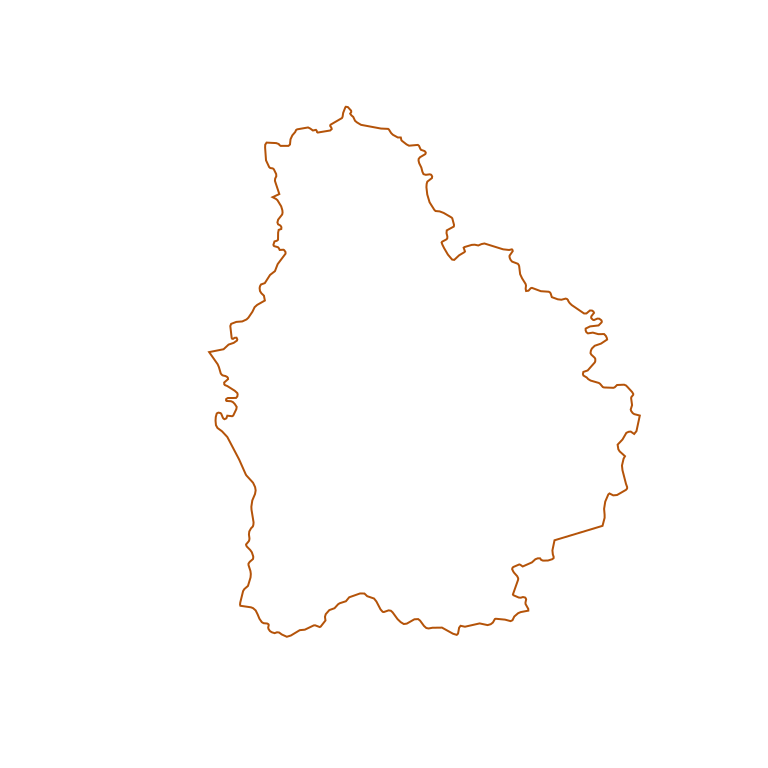 the border of Yaroslavl', rotated 155°
{"feature_id": "RUS-2360", "entity_name": "Yaroslavl'", "entity_type": "Region", "adm_level": 1, "iso_a3": "RUS", "parent_name": "Russia", "parent_adm1": "", "projection": "orthographic", "projection_center": [39.095, 57.746], "detail": "fine", "context": "isolated", "style": "outline", "palette": "amber", "viewbox_px": 768, "rotation_deg": 155, "n_neighbors": 0, "source": "natural_earth", "source_scale": "10m", "svg_char_len": 6166}
<svg xmlns="http://www.w3.org/2000/svg" viewBox="0 0 768 768"><g transform="rotate(155 384 384)"><path d="M578.9,196.0L582.5,200.2L584.1,203.1L585.9,204.2L588.4,204.4L590.6,206.4L591.8,208.3L592.2,210.7L591.9,212.2L590.3,214.3L590.3,215.2L591.1,216.3L594.2,218.1L595.4,219.8L596.1,223.9L595.9,228.5L596.0,233.0L597.4,236.2L598.9,237.8L607.9,243.7L607.7,244.9L606.7,246.6L599.2,255.9L597.2,257.2L592.6,258.5L586.7,265.1L585.0,268.1L584.1,270.9L583.3,277.3L582.7,278.5L580.8,279.6L576.8,280.7L576.0,281.7L575.4,283.0L574.9,287.3L575.4,290.1L577.0,294.6L577.1,295.8L576.8,296.9L572.9,298.7L572.0,299.6L571.2,300.9L570.0,304.7L568.4,307.3L565.5,309.4L563.1,310.3L561.9,311.6L560.7,313.7L557.2,326.1L556.1,328.8L552.6,334.1L547.4,338.8L545.3,341.8L544.4,345.0L544.4,349.8L547.4,359.4L547.5,360.8L547.2,376.7L548.4,402.2L550.8,409.6L553.5,414.5L553.7,417.7L552.2,421.9L550.4,425.2L548.1,427.9L547.2,428.1L546.1,428.0L544.4,426.7L544.1,425.5L544.3,421.5L544.0,420.3L543.4,419.5L541.4,419.5L539.4,421.5L535.3,419.0L534.0,419.1L528.5,423.6L527.2,425.5L527.7,429.0L528.6,431.5L530.0,433.1L533.9,435.2L534.0,436.1L533.3,437.1L531.5,437.3L524.0,433.9L522.2,434.7L521.0,436.5L520.8,437.8L522.1,440.9L526.9,448.4L528.6,450.2L528.9,451.2L528.2,452.9L523.3,454.3L522.9,455.4L523.1,456.6L524.3,458.2L526.4,459.8L527.1,460.9L527.5,462.5L526.5,469.0L526.4,472.2L529.0,486.8L514.7,483.3L508.2,485.4L502.8,484.8L498.9,485.5L498.1,486.4L498.1,488.3L499.9,489.0L501.8,488.7L502.5,489.2L502.6,490.1L498.8,501.5L497.1,503.1L491.6,502.7L486.0,500.6L481.3,500.6L478.9,501.4L472.7,505.1L468.8,508.3L465.5,509.3L456.7,510.0L455.5,514.8L456.8,518.1L457.1,520.7L456.2,523.5L455.1,525.0L453.4,526.2L449.4,525.8L441.2,531.0L435.1,532.4L429.7,537.6L418.2,543.7L417.5,545.2L417.9,547.5L418.4,548.2L421.9,549.6L421.9,551.4L422.3,552.8L425.2,555.3L425.5,555.9L425.4,556.9L423.0,559.5L420.6,559.1L419.1,559.5L416.0,565.9L414.3,568.2L411.6,567.9L410.8,569.3L410.7,570.2L411.0,571.5L412.5,573.5L412.3,575.5L410.5,577.7L404.6,580.7L403.5,582.2L402.7,584.4L402.1,588.5L402.9,595.7L403.7,597.4L406.0,600.4L398.6,600.4L397.0,614.2L395.8,616.2L393.8,617.8L393.0,619.9L393.1,625.2L393.7,626.4L395.8,627.8L396.4,629.1L396.4,636.6L391.8,648.6L390.5,651.1L388.4,652.4L379.9,647.9L378.0,646.0L377.7,644.6L376.9,643.4L369.9,640.2L368.0,640.8L365.3,645.3L362.0,648.1L358.0,649.9L356.4,651.3L355.1,651.5L344.4,648.6L342.9,646.7L341.3,643.8L338.3,643.1L338.0,642.1L338.2,640.5L337.8,639.9L325.6,636.5L323.6,637.2L323.4,638.6L323.7,640.7L322.9,641.6L309.7,642.8L308.6,643.7L306.4,647.0L302.1,651.1L301.4,651.4L299.7,650.2L298.3,645.6L298.7,644.4L300.4,643.3L300.0,641.2L299.0,639.1L299.0,634.8L298.0,632.6L295.3,628.6L278.8,616.8L272.5,613.5L272.0,612.6L271.5,608.5L270.6,606.1L267.3,601.6L264.6,600.3L265.2,597.6L265.0,596.9L262.3,591.6L260.6,589.4L252.3,586.4L251.6,585.0L251.7,582.0L251.5,580.6L248.8,578.0L248.4,576.8L248.4,575.9L249.4,574.9L255.6,574.3L257.5,573.3L258.3,571.8L258.8,569.2L258.7,564.4L259.5,560.1L259.5,557.5L257.7,555.9L253.9,554.7L252.8,553.7L252.6,551.8L253.5,550.4L259.2,549.1L260.8,547.3L262.4,544.4L264.7,537.5L265.9,529.4L264.8,520.6L264.2,519.0L260.6,516.9L257.6,513.8L252.4,506.3L252.1,505.3L253.3,498.6L254.2,497.2L262.2,496.7L263.6,494.3L264.2,491.0L265.0,489.4L266.1,488.7L271.2,488.4L272.0,487.9L272.2,485.7L272.1,481.8L271.4,474.3L269.7,468.0L267.9,466.8L261.5,468.9L255.4,469.5L254.6,469.9L254.2,473.9L253.2,474.1L245.7,473.0L242.9,471.9L240.0,469.7L236.5,469.6L233.6,468.9L219.1,455.7L214.0,452.6L211.2,452.0L210.9,451.0L211.2,450.0L215.9,447.3L216.5,446.3L216.8,444.7L216.8,443.0L216.2,440.8L211.9,436.4L211.6,435.0L211.7,433.7L214.2,426.0L214.2,421.4L213.4,414.9L213.7,413.2L215.4,410.4L215.9,408.2L213.6,407.5L210.5,408.8L209.3,408.6L202.6,401.8L195.7,398.0L194.8,396.7L194.7,395.5L195.2,391.8L190.7,387.3L187.6,385.4L183.2,384.6L182.2,383.6L181.8,382.4L181.9,381.0L181.5,378.8L180.5,376.2L172.9,363.4L170.7,362.4L166.3,363.6L164.4,362.6L163.6,361.2L163.6,359.7L167.2,357.9L168.0,357.1L168.3,355.9L167.5,353.9L166.7,353.2L163.0,353.1L161.3,352.2L160.1,350.0L160.1,348.8L160.7,347.9L164.8,346.4L172.9,349.1L177.8,349.0L178.6,347.4L178.7,345.4L177.8,343.7L173.0,342.3L168.8,338.7L163.4,336.2L162.6,333.8L162.6,331.5L163.0,330.0L170.3,328.9L176.9,329.6L180.6,328.3L182.4,326.8L183.8,324.7L183.7,323.0L182.0,318.8L181.9,317.5L182.8,315.5L183.8,314.5L193.7,310.2L198.2,310.7L199.5,309.0L199.7,307.4L197.5,304.2L196.9,302.2L195.3,299.8L188.9,294.2L188.1,292.9L187.0,288.8L186.1,287.9L177.7,283.6L176.3,283.5L173.2,284.6L166.7,281.9L165.3,280.4L164.6,278.5L162.5,271.8L162.3,269.7L162.7,268.9L165.5,267.5L166.1,266.5L168.1,260.0L171.2,256.6L171.4,255.1L170.9,252.5L169.9,250.9L165.5,247.3L175.1,234.6L178.4,233.0L180.5,236.6L182.5,237.3L185.0,237.3L191.3,232.9L197.9,230.3L199.2,225.8L198.9,223.3L196.1,216.7L198.4,215.1L202.8,209.5L204.3,205.1L206.9,191.2L207.2,187.8L207.9,186.5L209.4,185.8L219.7,184.9L223.3,186.2L225.9,189.5L227.4,189.1L233.2,183.9L237.3,177.8L239.3,172.3L240.6,169.5L245.9,163.1L295.5,170.3L301.7,162.0L303.0,158.2L303.3,155.6L303.9,154.5L305.5,154.1L309.9,154.7L314.5,156.7L315.9,158.2L316.2,160.0L318.2,161.0L320.9,161.2L325.3,159.8L335.4,160.0L336.9,162.6L337.7,163.3L344.2,163.5L345.3,163.0L346.1,162.1L346.1,159.7L345.9,158.1L344.5,153.5L344.5,151.2L345.2,149.9L356.1,138.8L356.0,137.9L352.1,133.5L350.3,132.5L348.1,132.2L346.4,130.9L346.1,129.8L346.2,128.7L348.1,126.2L348.7,124.8L348.3,119.2L349.0,117.6L356.5,119.5L359.3,119.6L364.2,118.2L367.4,115.6L369.5,115.6L373.9,119.3L381.9,124.0L382.9,124.1L386.1,121.8L388.8,121.2L392.0,121.7L398.5,126.6L413.2,129.8L416.8,132.5L418.9,131.4L422.4,126.5L424.1,125.9L427.0,128.5L434.4,138.7L443.1,142.6L446.9,143.6L448.8,145.0L450.0,147.8L451.3,154.3L452.4,156.5L455.9,157.9L464.6,157.2L467.5,158.1L469.5,161.1L471.1,165.2L472.7,173.4L473.6,175.6L475.5,176.9L480.5,177.4L481.5,178.1L482.4,181.2L482.8,190.1L483.7,193.8L488.9,198.8L490.3,202.4L494.3,204.3L505.7,205.4L510.3,203.2L516.7,204.0L518.6,203.8L523.6,201.7L529.1,202.2L534.1,200.0L535.9,197.9L537.0,194.4L543.9,190.9L545.0,190.9L548.4,194.4L549.7,194.9L559.6,194.8L564.4,196.5L574.7,195.4L578.9,196.0Z" fill="none" stroke="#b45309" stroke-width="2"/></g></svg>